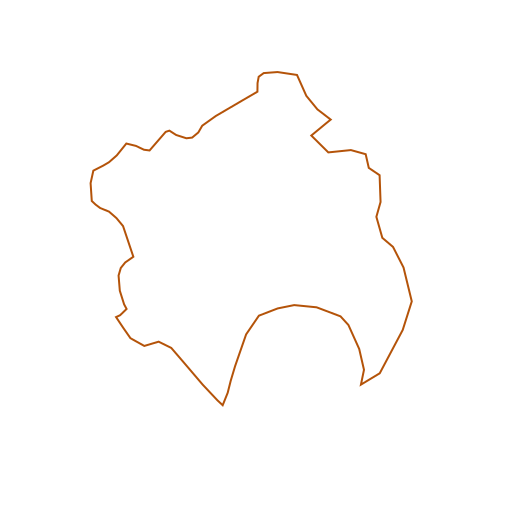 Aparan, Aragatsotn, Armenia (Equal Earth projection), rotated 231°
{"feature_id": "60910142B24398064358577", "entity_name": "Aparan", "entity_type": "district", "adm_level": 2, "iso_a3": "ARM", "parent_name": "Armenia", "parent_adm1": "Aragatsotn", "projection": "equal_earth", "projection_center": [44.404, 40.525], "detail": "fine", "context": "isolated", "style": "outline", "palette": "amber", "viewbox_px": 512, "rotation_deg": 231, "n_neighbors": 0, "source": "geoboundaries", "source_scale": "gbopen_adm2", "svg_char_len": 1158}
<svg xmlns="http://www.w3.org/2000/svg" viewBox="0 0 512 512"><g transform="rotate(231 256 256)"><path d="M296.6,108.8L283.5,107.6L271.1,106.7L256.4,112.6L250.7,126.4L237.9,132.3L217.3,132.9L189.6,133.6L168.1,135.2L161.0,136.2L167.5,147.9L175.0,157.9L183.6,170.5L201.3,199.0L207.8,220.7L201.6,239.9L193.8,254.8L178.0,270.8L155.9,283.7L144.2,284.4L118.8,277.7L99.6,268.3L90.0,256.6L88.8,265.3L87.0,278.4L106.2,323.5L122.7,348.5L154.2,363.4L176.8,368.2L190.6,365.6L210.7,374.2L219.6,386.8L241.0,402.9L253.5,399.1L266.1,405.3L278.6,396.4L291.0,377.4L314.8,374.8L315.0,393.6L315.0,399.9L331.3,396.0L348.8,395.9L370.9,401.8L385.4,388.5L393.3,377.1L393.6,370.9L389.4,366.0L382.8,360.5L385.5,343.1L390.1,312.9L391.1,296.2L388.3,288.9L388.2,280.9L391.3,276.0L400.3,270.1L407.9,267.6L408.8,265.3L409.3,263.9L405.0,239.7L409.1,235.8L417.1,232.0L425.0,226.0L421.8,211.1L421.4,200.7L422.4,194.1L424.7,183.3L416.7,173.3L402.1,163.0L396.9,163.7L391.3,165.1L383.0,169.7L373.3,171.4L362.9,171.5L332.6,160.2L333.3,150.3L331.8,143.4L327.3,136.9L314.7,128.3L301.5,123.1L296.3,122.1L296.1,120.1L295.5,113.1L296.6,108.8Z" fill="none" stroke="#b45309" stroke-width="2"/></g></svg>